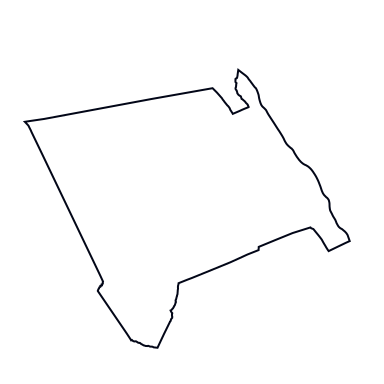 Galole, Coast, Kenya (Equal Earth projection), rotated 337°
{"feature_id": "3690345B71380805916784", "entity_name": "Galole", "entity_type": "district", "adm_level": 2, "iso_a3": "KEN", "parent_name": "Kenya", "parent_adm1": "Coast", "projection": "equal_earth", "projection_center": [39.8, -1.506], "detail": "fine", "context": "isolated", "style": "outline", "palette": "ink", "viewbox_px": 384, "rotation_deg": 337, "n_neighbors": 0, "source": "geoboundaries", "source_scale": "gbopen_adm2", "svg_char_len": 5837}
<svg xmlns="http://www.w3.org/2000/svg" viewBox="0 0 384 384"><g transform="rotate(337 192 192)"><path d="M65.6,62.1L67.3,66.8L67.4,67.2L67.4,67.8L67.7,72.4L67.7,74.1L68.9,99.1L74.9,233.3L75.1,239.7L74.8,240.0L74.6,240.1L74.5,240.3L74.5,240.6L74.4,240.9L74.3,241.2L74.2,241.3L74.0,241.5L73.8,241.7L73.5,241.8L73.4,241.9L73.2,241.7L72.9,241.7L72.9,241.9L72.9,242.4L72.8,242.6L72.6,242.8L72.4,242.9L72.1,242.9L71.5,242.6L71.3,242.5L71.1,242.5L71.0,243.0L70.8,243.3L70.6,243.5L69.8,243.5L69.6,243.5L69.0,244.0L68.7,244.5L68.3,244.7L68.0,244.8L67.8,244.9L67.7,245.0L67.1,245.8L66.9,245.9L66.7,246.1L66.6,246.4L66.7,246.8L76.7,297.0L78.0,304.3L78.0,304.8L78.5,304.9L78.9,304.8L79.0,305.0L79.1,305.3L79.2,305.6L79.7,306.3L79.9,306.5L80.2,306.8L80.7,307.1L80.9,307.2L81.1,307.2L81.5,307.3L82.1,307.6L82.8,308.5L83.1,309.1L83.3,309.4L84.4,310.3L84.8,310.5L85.0,310.5L85.2,310.8L85.4,311.1L85.7,311.8L85.9,312.2L86.0,312.3L86.6,312.9L86.7,313.1L87.0,313.5L87.5,314.2L87.8,314.5L88.1,314.6L88.4,314.9L88.9,315.4L89.3,315.7L90.8,316.4L91.0,316.4L91.3,316.4L91.6,316.5L92.0,316.8L92.3,317.2L92.5,317.4L92.9,317.8L93.2,318.0L94.9,318.8L95.3,319.1L96.0,320.0L96.7,320.4L99.4,321.9L110.7,311.8L121.0,302.9L121.1,302.7L121.6,302.6L122.1,302.2L122.5,301.6L122.9,301.1L123.1,300.9L123.4,300.7L123.7,300.6L124.1,300.3L124.4,300.2L124.6,300.1L124.7,299.9L124.8,299.7L125.0,299.2L125.0,298.9L125.2,298.7L125.3,297.9L125.5,297.3L125.7,297.1L125.9,296.6L126.1,296.3L126.2,296.1L126.4,296.0L126.5,295.7L126.4,295.5L126.3,295.4L126.2,295.2L126.1,294.3L126.0,294.0L126.0,293.3L126.0,293.1L126.0,292.7L126.3,292.7L126.7,292.7L127.2,292.5L127.7,292.2L128.8,291.7L129.0,291.7L129.5,291.3L130.1,290.8L130.5,290.6L131.0,290.0L131.3,289.8L131.7,289.7L131.8,289.6L132.0,289.4L132.7,288.6L132.9,288.4L133.3,288.0L133.7,287.3L133.8,287.1L134.1,287.1L134.3,286.7L134.3,286.3L134.4,285.9L134.5,285.5L134.6,285.2L135.3,284.8L135.4,284.6L135.8,284.0L136.1,283.7L136.5,283.1L137.2,282.2L137.4,282.1L137.9,281.2L138.4,280.8L138.7,280.4L138.8,280.2L140.2,277.5L140.7,276.5L141.0,276.1L141.2,275.8L141.5,275.2L141.7,274.5L142.0,273.8L142.5,272.9L142.7,272.6L143.3,271.9L143.7,271.3L144.0,270.7L153.2,270.9L158.2,271.1L164.0,271.2L199.8,271.7L218.7,271.2L230.6,271.5L232.0,268.6L250.2,268.8L268.6,269.1L287.2,270.9L287.3,271.1L287.4,271.6L287.5,271.9L287.8,272.2L288.7,273.0L289.0,273.3L289.2,273.5L289.3,273.7L289.5,274.4L290.2,276.9L291.3,280.6L292.1,283.5L292.8,286.3L292.9,287.0L293.1,289.2L293.5,292.4L293.6,292.8L293.9,295.4L294.4,298.4L294.7,299.8L302.9,299.4L313.4,298.9L318.0,298.8L318.0,298.3L318.1,297.2L318.3,294.0L318.4,292.5L318.3,291.7L318.2,291.2L318.1,290.7L318.0,290.1L317.7,289.3L317.5,288.7L317.2,287.9L316.8,287.2L316.0,285.6L315.6,284.8L314.4,283.3L314.2,282.9L313.9,282.3L313.7,281.9L313.5,281.3L313.3,280.6L313.1,279.0L313.0,277.9L312.9,276.9L313.0,275.7L313.0,275.1L313.0,274.0L313.0,273.5L312.5,270.3L312.3,268.5L312.3,267.3L312.0,263.6L312.0,262.9L312.1,262.2L312.3,261.6L312.3,261.3L312.6,260.4L312.8,259.6L313.2,258.5L314.0,256.5L314.4,255.1L314.5,254.4L314.6,254.0L314.7,253.2L314.7,252.6L314.6,251.9L314.4,251.2L314.3,250.8L314.1,250.2L313.6,249.4L313.1,248.1L312.7,247.1L312.5,246.6L312.4,246.3L312.2,245.3L312.0,244.0L312.0,243.3L312.0,242.4L312.0,241.3L312.3,237.8L312.4,236.2L312.4,235.4L312.5,232.8L312.5,230.7L312.4,228.7L312.3,227.1L312.1,225.3L311.8,223.4L311.5,221.8L311.3,220.6L310.8,218.6L310.5,217.6L310.2,216.8L309.9,216.1L309.6,215.4L309.2,214.6L309.0,214.2L308.3,213.1L307.7,212.4L307.4,211.9L306.5,211.0L306.2,210.6L305.8,210.1L305.3,209.4L304.9,208.6L304.6,208.1L303.9,206.6L303.7,205.9L303.1,204.2L302.8,202.8L302.3,200.8L302.0,199.0L301.9,198.3L301.6,196.4L301.4,193.3L301.2,192.5L300.8,191.4L300.7,190.9L300.5,190.6L300.2,190.3L299.1,188.0L298.7,187.2L298.6,186.9L298.1,185.6L297.9,184.9L297.7,184.1L297.6,183.3L297.4,181.9L297.3,180.7L297.3,179.3L297.2,177.8L297.0,176.0L296.7,173.9L296.1,170.1L295.7,168.2L295.2,165.3L294.4,160.5L293.3,154.4L292.6,150.4L292.5,149.5L292.4,148.7L292.3,147.3L292.2,146.1L292.2,145.7L291.9,144.8L291.6,144.0L291.2,143.0L290.5,141.5L290.2,140.8L290.1,140.5L289.9,139.4L289.8,139.0L289.8,138.1L289.8,136.8L290.0,134.8L290.2,133.3L290.5,131.6L291.2,128.8L291.3,127.9L291.4,126.5L291.5,124.8L291.5,123.0L291.4,121.7L291.3,121.2L290.8,120.3L290.2,118.0L289.5,115.0L289.2,113.9L289.1,113.1L288.2,110.1L288.2,109.8L288.0,108.6L287.8,107.9L287.7,107.6L287.1,106.3L287.0,106.0L284.7,102.0L283.4,99.7L282.3,97.7L279.7,102.0L279.6,102.3L279.2,102.9L278.4,104.1L277.9,104.6L277.6,104.5L277.2,104.8L276.4,104.8L276.2,104.9L275.7,106.0L275.1,107.4L275.0,107.9L275.1,108.2L275.3,108.9L275.5,109.2L275.2,109.6L274.9,110.0L274.4,110.8L274.3,111.2L274.1,111.4L274.0,111.7L273.8,112.0L273.5,112.4L273.4,112.7L273.2,112.8L272.8,113.2L272.6,113.5L272.5,113.8L272.4,114.1L272.4,114.4L272.4,114.7L272.5,115.3L272.6,115.6L272.8,116.0L272.7,116.3L272.6,116.9L272.6,117.3L272.6,117.8L272.5,118.1L272.3,118.9L272.4,119.3L272.5,119.7L272.6,120.1L272.6,120.3L272.7,120.5L273.0,121.2L273.4,121.8L273.5,122.0L273.9,122.5L274.2,122.8L274.3,123.0L274.3,123.6L274.3,123.8L274.1,124.5L274.2,125.5L274.1,125.8L274.6,126.3L274.7,126.5L274.9,126.9L275.1,127.2L275.2,127.6L275.4,128.0L275.9,128.9L276.0,129.1L276.2,130.0L276.4,130.4L276.4,130.8L276.5,131.1L276.6,131.4L276.9,132.0L277.0,132.2L277.3,133.0L277.4,133.3L277.4,133.6L277.3,133.8L277.3,134.2L277.4,134.4L277.4,134.6L277.3,135.2L277.4,135.8L277.3,136.0L272.8,135.9L270.3,135.9L267.6,136.0L260.1,136.0L260.0,134.9L259.8,134.0L259.7,133.1L259.4,131.8L259.4,131.4L259.4,129.8L259.4,129.3L259.3,128.9L258.9,127.2L258.4,126.2L257.2,122.0L257.1,121.6L256.9,120.6L256.7,119.9L256.5,119.2L256.3,118.3L256.2,117.3L256.1,117.1L254.2,111.4L253.8,110.2L253.4,109.2L253.0,108.2L251.5,104.5L191.2,90.6L84.5,67.0L70.0,63.2L65.6,62.1Z" fill="none" stroke="#020617" stroke-width="2"/></g></svg>